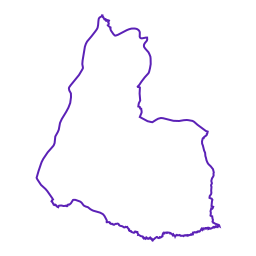 outline of Sanom, Surin, Thailand
{"feature_id": "78962969B59792797819888", "entity_name": "Sanom", "entity_type": "district", "adm_level": 2, "iso_a3": "THA", "parent_name": "Thailand", "parent_adm1": "Surin", "projection": "orthographic", "projection_center": [103.803, 15.196], "detail": "fine", "context": "isolated", "style": "outline", "palette": "violet", "viewbox_px": 256, "rotation_deg": 0, "n_neighbors": 0, "source": "geoboundaries", "source_scale": "gbopen_adm2", "svg_char_len": 5887}
<svg xmlns="http://www.w3.org/2000/svg" viewBox="0 0 256 256"><path d="M58.2,207.2L58.6,206.1L59.0,205.7L59.6,205.6L61.4,205.5L63.5,206.0L65.1,205.9L66.0,205.6L66.4,206.1L67.1,206.2L67.5,205.9L67.6,205.1L68.1,204.6L68.5,204.5L69.4,204.6L70.9,203.3L73.0,200.0L73.8,199.8L75.5,199.9L79.7,201.4L80.5,201.8L81.6,202.7L83.7,205.5L85.6,206.5L87.9,207.2L90.4,209.2L92.0,210.1L93.3,210.7L100.0,212.6L102.3,213.8L103.2,214.4L104.6,216.2L106.7,220.2L106.8,220.8L106.6,221.9L106.7,222.2L109.2,222.1L109.8,222.4L110.1,222.9L110.0,223.3L110.7,223.8L111.2,223.7L112.0,224.1L112.6,223.9L113.0,224.5L114.0,224.8L115.4,223.9L116.6,223.9L117.3,223.6L118.0,223.7L118.7,224.2L119.0,224.7L119.1,225.2L120.2,225.8L122.1,226.2L122.9,226.7L123.3,226.8L124.0,227.4L124.8,227.4L125.5,226.8L126.3,227.1L127.2,226.9L127.6,227.7L128.2,228.4L128.4,228.8L129.1,229.3L128.9,229.8L129.0,230.4L129.7,231.0L130.7,230.9L131.1,231.2L131.3,231.9L133.9,232.8L134.2,232.7L135.1,231.5L135.9,231.7L136.2,232.1L136.7,231.9L137.4,232.0L137.5,233.1L138.3,234.3L138.2,234.7L138.5,234.6L138.7,234.9L141.0,236.2L142.7,236.5L142.9,236.7L143.1,237.6L143.7,237.5L144.0,237.7L143.8,238.3L144.0,238.6L144.6,238.2L145.4,238.7L145.6,238.1L146.2,238.0L146.4,237.4L146.7,237.6L146.9,238.4L148.1,238.3L148.3,238.4L148.3,238.8L148.5,238.8L150.0,237.6L150.2,238.1L150.5,237.8L150.9,238.1L151.0,238.8L151.8,238.8L152.0,239.3L152.0,239.7L152.4,239.9L152.3,240.3L152.5,240.6L152.8,240.5L153.0,239.8L153.3,239.4L154.0,239.2L155.0,238.2L156.7,237.0L157.3,237.1L157.9,237.8L158.9,238.1L159.4,237.7L159.9,237.7L160.0,237.1L161.0,237.3L161.8,236.8L162.0,236.3L162.5,236.2L162.6,234.7L163.0,233.5L163.5,233.7L164.0,233.6L163.8,233.0L164.0,232.7L164.4,233.1L165.5,232.6L166.3,232.7L166.6,232.9L167.0,232.5L167.5,232.8L167.9,232.5L169.8,232.8L170.2,233.5L170.7,233.2L171.9,234.0L172.1,234.5L172.7,234.7L173.0,234.5L173.0,235.5L173.3,235.5L173.7,235.0L174.3,235.3L174.5,235.7L174.9,235.7L175.1,236.3L175.4,235.6L176.2,235.5L176.6,234.9L177.0,234.9L177.5,235.3L178.3,235.2L178.9,235.3L179.6,235.0L180.4,235.7L180.7,235.5L181.4,235.8L182.3,235.8L182.8,235.7L183.6,236.1L184.3,235.3L185.2,235.5L185.5,235.2L186.3,235.2L186.6,235.4L186.9,235.2L187.2,235.6L187.6,235.2L188.1,235.5L188.4,235.1L189.0,235.2L189.4,235.0L189.8,235.1L190.4,234.8L191.0,234.8L190.8,234.4L191.0,234.2L192.9,234.3L192.8,233.0L193.0,232.5L194.1,232.5L194.4,232.2L195.8,232.5L196.2,232.1L196.5,232.4L197.0,232.4L197.4,232.1L197.8,231.4L198.4,231.3L198.9,231.7L199.5,231.6L200.9,230.0L201.3,229.8L201.2,229.3L202.0,229.0L201.9,228.6L202.0,228.4L202.6,228.8L202.7,229.3L202.9,229.0L203.5,229.3L203.7,228.3L204.3,228.3L205.4,228.7L205.6,228.6L205.8,228.0L206.1,228.0L206.7,228.5L207.2,228.0L207.9,228.5L208.3,227.8L208.5,227.9L208.5,229.0L209.0,228.8L209.0,228.0L209.1,227.9L209.8,228.2L210.3,228.7L211.4,228.4L212.7,227.6L213.2,227.6L213.2,227.1L213.6,226.9L213.9,226.9L213.9,227.4L214.2,227.6L214.4,227.5L214.5,226.9L215.7,227.1L215.9,226.4L217.4,227.0L217.5,226.3L218.2,226.5L218.8,226.3L218.8,225.7L219.4,226.1L219.1,225.2L218.7,224.9L215.4,223.8L213.8,222.9L213.4,222.8L213.4,222.5L212.5,221.7L212.8,220.7L212.9,219.7L212.5,218.6L212.2,216.3L211.3,216.1L210.5,215.6L210.8,213.7L210.8,212.3L210.5,211.3L211.2,208.6L211.3,208.3L212.3,208.7L212.6,208.3L213.2,206.8L211.5,206.0L212.0,201.0L212.4,199.8L211.6,198.6L211.0,198.5L209.5,197.9L209.5,197.4L209.8,195.9L210.3,195.3L211.1,194.1L211.4,192.8L211.3,192.4L211.2,190.3L211.5,186.8L211.2,186.2L211.1,185.3L211.3,184.5L211.8,183.7L211.9,183.1L211.4,181.4L211.4,180.5L212.0,178.4L213.2,176.5L213.6,175.4L213.5,173.4L213.8,172.5L213.0,169.2L210.8,166.4L208.5,164.2L207.5,162.7L206.5,160.3L206.0,158.0L205.4,156.1L205.1,152.8L204.1,150.5L202.9,145.6L202.1,143.6L202.1,142.8L202.0,141.4L202.7,138.5L203.2,138.0L203.7,138.1L204.2,136.9L204.7,136.5L205.5,136.2L205.7,135.8L206.6,135.1L206.9,134.6L206.8,133.9L207.3,133.4L207.7,131.6L205.9,131.0L197.5,124.8L194.1,121.8L192.5,120.9L188.0,120.1L186.6,120.0L183.8,120.2L179.1,121.0L173.4,120.8L163.0,118.2L160.9,118.0L158.2,118.7L156.0,119.9L152.4,122.2L151.1,122.0L147.6,121.2L139.8,117.0L141.6,112.6L141.6,111.0L141.4,110.2L141.2,108.7L140.2,108.5L139.8,107.0L138.3,106.5L138.6,104.3L138.9,103.1L140.2,100.5L139.6,93.6L139.9,87.6L139.7,87.3L137.8,86.9L137.7,86.6L139.3,84.9L141.4,81.7L144.7,77.4L148.5,73.2L149.1,71.8L150.0,68.2L150.7,64.1L150.6,58.8L150.4,56.7L149.5,54.4L148.5,52.3L145.5,48.9L144.3,47.3L144.0,46.5L143.9,45.5L144.1,44.4L145.0,42.9L146.6,41.0L146.9,40.5L147.2,39.6L147.1,37.6L145.9,37.6L142.3,38.3L141.2,38.3L140.5,38.0L140.0,37.4L139.7,36.7L139.8,32.7L139.6,31.7L139.1,30.7L138.2,29.8L137.1,29.1L135.8,28.7L134.3,28.5L131.4,28.6L128.9,29.3L126.7,30.2L117.9,34.8L115.9,35.5L115.2,35.6L114.7,35.4L113.4,34.1L111.0,30.6L110.5,29.4L110.4,28.6L110.3,28.4L110.6,28.0L110.5,27.4L109.9,27.2L109.6,26.8L108.6,26.2L107.9,25.3L108.3,25.1L108.5,24.3L108.8,23.9L108.7,23.2L108.2,22.5L109.0,20.6L107.7,20.1L107.4,20.3L107.1,20.2L106.8,20.8L106.2,20.9L105.9,20.4L106.1,20.0L106.0,19.5L105.6,19.1L104.9,19.5L104.7,19.2L104.3,19.2L103.7,17.9L103.1,17.4L103.2,17.0L102.6,16.3L102.5,15.4L102.2,15.4L102.3,15.9L101.9,15.8L101.7,16.3L99.6,17.5L99.0,18.3L98.7,19.0L98.4,21.2L98.1,25.1L97.6,27.7L96.8,29.3L95.3,31.4L91.5,36.3L87.1,41.5L85.9,43.8L84.9,46.7L82.6,60.5L82.3,64.1L82.9,67.3L82.9,68.2L82.4,69.3L79.0,75.0L70.6,85.3L69.2,87.3L69.0,87.8L68.9,88.5L69.3,90.5L70.9,93.4L71.0,97.2L70.2,103.0L68.4,107.7L66.2,111.8L61.8,119.0L60.6,121.6L60.0,123.0L58.8,129.6L57.8,132.0L55.3,136.5L54.6,143.0L53.9,144.9L53.3,145.9L47.7,152.3L43.3,158.8L41.7,161.9L41.0,163.8L38.6,170.9L36.6,177.8L37.3,179.3L41.0,184.9L45.5,189.0L47.3,191.1L52.4,198.4L53.0,199.5L52.5,199.8L52.0,200.4L52.0,200.8L51.6,201.1L51.5,201.4L52.6,202.4L53.0,203.6L53.8,204.2L53.8,204.8L54.7,205.1L55.4,204.7L55.8,205.0L55.9,205.3L56.3,205.5L56.5,206.1L57.0,206.3L57.3,206.8L58.2,207.2Z" fill="none" stroke="#5b21b6" stroke-width="2"/></svg>